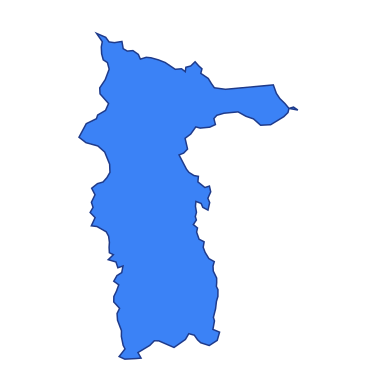 Itapuca, Rio Grande do Sul, Brazil, rotated 87°
{"feature_id": "56859067B54250017496252", "entity_name": "Itapuca", "entity_type": "district", "adm_level": 2, "iso_a3": "BRA", "parent_name": "Brazil", "parent_adm1": "Rio Grande do Sul", "projection": "natural_earth1", "projection_center": [-52.198, -28.755], "detail": "fine", "context": "isolated", "style": "filled", "palette": "blue", "viewbox_px": 384, "rotation_deg": 87, "n_neighbors": 0, "source": "geoboundaries", "source_scale": "gbopen_adm2", "svg_char_len": 2127}
<svg xmlns="http://www.w3.org/2000/svg" viewBox="0 0 384 384"><g transform="rotate(87 192 192)"><path d="M352.5,273.4L355.4,267.9L355.4,256.7L355.2,251.6L349.5,254.4L343.0,242.2L338.6,237.4L338.9,233.0L346.3,218.1L338.9,206.3L333.3,202.6L335.1,197.2L339.9,194.2L343.0,191.2L346.2,182.8L341.5,174.6L333.4,171.8L330.3,178.3L321.9,176.3L318.3,177.2L310.0,174.6L302.4,173.3L297.7,171.6L290.9,171.2L287.6,172.6L283.8,172.1L279.2,171.9L272.1,174.9L267.1,174.9L262.7,173.4L259.4,178.6L252.9,182.1L247.8,183.7L242.4,182.5L239.5,187.4L232.3,189.5L228.2,188.4L224.6,192.4L220.2,189.1L216.7,190.0L212.5,188.6L206.5,189.3L201.6,188.6L203.9,183.5L207.9,182.0L210.9,177.0L203.5,174.9L199.1,176.5L192.8,173.3L187.0,174.3L188.2,178.9L182.2,185.6L176.7,184.8L175.7,189.1L172.3,194.0L169.0,196.3L154.3,203.0L152.7,198.3L148.9,194.2L138.0,196.1L134.1,190.3L127.2,184.8L128.6,180.5L128.2,170.9L125.9,165.1L119.8,166.3L116.7,163.2L115.0,155.9L114.4,141.8L119.2,134.2L122.2,126.8L128.9,120.0L128.9,109.9L121.6,96.4L117.7,92.0L113.6,90.8L108.6,94.5L103.3,99.4L97.9,102.6L89.3,105.2L91.2,153.2L89.1,164.2L84.7,167.0L79.5,169.8L74.0,177.0L69.5,175.6L66.5,178.6L62.1,182.1L66.1,186.7L67.1,191.6L71.5,192.4L68.4,196.0L68.6,202.3L61.3,212.0L58.3,218.6L55.8,226.0L55.1,230.7L56.6,236.6L51.8,238.4L47.7,243.6L47.9,249.2L45.3,253.2L38.0,254.1L38.8,261.6L37.8,267.0L33.0,270.1L28.6,279.0L37.2,273.7L42.4,275.0L49.3,275.0L55.4,273.7L58.3,269.7L65.0,268.3L75.3,272.8L83.2,278.7L89.2,278.7L99.3,270.7L106.0,274.1L110.2,282.2L113.8,283.6L118.2,294.0L131.4,302.0L137.2,295.3L141.1,283.6L147.5,277.1L159.9,272.8L168.1,272.9L173.2,276.2L177.4,280.4L178.7,286.0L183.0,292.0L189.7,289.0L197.0,293.0L202.2,291.6L207.1,294.8L212.5,290.1L220.5,294.3L221.5,288.7L227.3,279.7L231.8,277.6L237.9,277.1L242.9,277.7L248.3,277.7L250.5,273.8L255.2,279.2L257.9,271.6L263.8,270.0L262.3,264.8L268.8,266.4L271.5,271.3L277.0,274.8L280.9,270.0L287.2,272.7L292.2,275.5L297.7,275.9L304.4,270.4L309.4,273.2L316.1,273.1L326.8,269.7L332.6,270.1L341.4,268.8L345.2,267.1L352.5,273.4ZM113.6,90.8L115.7,82.0L112.5,86.2L113.6,90.8Z" fill="#3b82f6" stroke="#1e3a8a" stroke-width="1.5"/></g></svg>